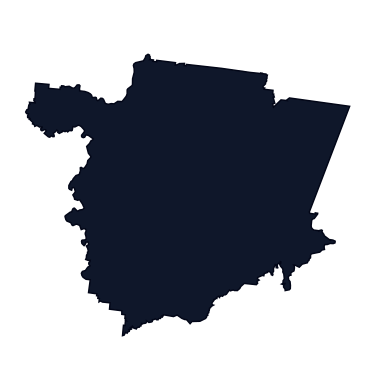 Wingecarribee, New South Wales, Australia (Mercator projection), rotated 357°
{"feature_id": "25037944B71438306812596", "entity_name": "Wingecarribee", "entity_type": "district", "adm_level": 2, "iso_a3": "AUS", "parent_name": "Australia", "parent_adm1": "New South Wales", "projection": "mercator", "projection_center": [150.329, -34.491], "detail": "fine", "context": "isolated", "style": "filled", "palette": "ink", "viewbox_px": 384, "rotation_deg": 357, "n_neighbors": 0, "source": "geoboundaries", "source_scale": "gbopen_adm2", "svg_char_len": 5856}
<svg xmlns="http://www.w3.org/2000/svg" viewBox="0 0 384 384"><g transform="rotate(357 192 192)"><path d="M183.2,323.4L185.2,321.3L193.1,321.5L198.9,319.0L199.9,317.8L200.0,316.8L201.4,315.8L201.0,314.4L202.4,313.4L202.3,312.0L202.9,311.6L203.5,308.9L204.5,308.4L205.1,307.3L207.5,306.1L206.4,305.7L206.0,303.8L208.3,301.3L208.1,300.5L209.5,300.3L209.9,299.6L211.2,299.6L211.0,298.7L213.0,297.6L214.0,298.7L214.3,297.7L215.9,297.3L217.1,297.7L218.2,296.4L219.9,296.4L221.0,295.8L224.2,291.8L225.1,292.7L228.0,292.0L229.2,292.6L232.1,292.8L234.6,290.9L235.8,288.9L239.4,286.0L251.4,287.9L252.8,286.5L252.3,285.4L252.4,284.5L254.4,283.5L252.8,282.2L253.2,280.7L257.9,279.0L259.3,279.4L259.9,277.2L263.2,276.3L263.0,275.4L265.0,275.3L266.5,276.9L266.9,278.8L268.1,279.4L268.5,278.4L268.0,277.4L269.3,275.4L269.3,272.8L271.3,268.8L272.2,269.0L272.1,272.0L274.2,272.4L273.4,271.9L273.3,269.6L274.2,267.9L276.7,267.1L276.6,266.1L277.0,266.2L277.0,267.6L275.8,268.8L276.6,270.8L278.4,273.1L278.8,274.6L278.5,276.6L279.4,278.7L279.6,283.0L279.5,284.0L278.4,285.2L278.0,288.0L276.7,288.6L277.7,289.0L280.7,287.8L278.6,290.2L278.5,291.7L279.9,294.0L279.9,295.3L284.0,294.7L285.1,293.7L285.4,290.3L285.2,286.6L283.9,284.7L283.7,281.7L285.2,280.3L286.4,280.3L286.5,277.7L289.7,276.1L290.3,273.3L290.2,271.2L289.7,270.3L291.1,270.5L295.2,272.7L298.3,269.8L303.5,268.7L304.1,267.2L305.2,266.5L305.6,265.0L306.9,263.9L307.1,261.3L307.9,260.0L316.5,258.7L318.8,256.7L321.3,256.3L321.0,253.6L321.7,251.5L324.4,251.5L327.2,250.6L330.3,250.9L332.1,250.3L332.4,248.6L330.2,247.4L327.8,246.9L327.7,247.5L327.2,247.2L321.8,242.6L321.4,241.1L320.3,240.0L320.4,239.5L319.7,238.5L320.1,237.2L319.2,236.7L316.9,237.2L316.6,237.7L316.1,237.2L311.7,236.4L310.4,235.3L309.4,233.8L309.2,232.1L310.0,226.7L310.9,225.3L312.4,225.0L313.2,224.3L316.3,220.6L316.4,219.8L314.0,219.3L313.8,220.5L308.5,219.5L308.1,218.1L353.9,114.7L294.2,103.2L291.0,105.4L291.2,105.6L285.7,104.7L277.8,111.6L277.1,108.2L279.3,107.7L278.0,101.7L279.1,101.5L278.5,99.1L278.7,98.6L277.7,98.4L278.2,94.7L269.4,93.2L270.0,92.0L268.8,91.8L268.4,90.9L268.5,90.2L271.1,87.8L271.1,86.3L272.1,85.6L272.4,84.4L272.2,83.1L272.9,82.2L272.8,81.0L273.4,79.2L272.2,78.8L272.1,78.1L268.3,77.5L268.4,77.1L266.9,76.8L266.9,77.3L256.1,75.6L228.1,70.1L193.0,64.3L192.7,65.7L190.7,65.4L191.1,63.2L186.3,63.1L183.6,64.2L181.9,64.4L182.3,62.0L163.7,58.7L163.5,60.1L159.8,59.5L160.3,58.1L156.9,57.6L157.5,57.1L157.1,56.2L157.2,54.5L156.7,54.1L156.7,53.0L155.3,52.2L153.1,53.4L152.2,55.8L150.3,58.5L142.5,59.9L140.7,61.1L140.1,62.6L140.7,65.8L140.6,69.4L138.6,75.8L138.2,81.5L137.7,82.6L133.3,85.6L132.6,86.6L132.4,90.6L131.3,93.0L127.3,97.6L126.6,98.0L122.6,97.6L118.8,99.9L116.0,99.5L113.2,100.0L111.4,99.6L110.0,98.9L108.4,94.7L107.1,93.7L105.8,93.6L103.4,95.6L102.4,95.8L101.8,95.2L101.3,92.8L100.6,92.4L97.4,92.5L96.7,90.0L95.6,88.7L93.5,87.3L90.2,86.0L85.1,85.1L85.1,82.6L85.7,80.1L84.9,79.1L82.9,79.1L80.8,81.4L79.6,82.1L78.2,82.0L74.9,80.0L70.4,80.3L69.6,79.4L67.3,79.1L67.1,80.6L65.9,80.4L65.6,82.6L54.2,81.0L54.8,77.1L41.5,75.2L40.4,82.9L40.9,83.0L40.5,87.5L40.0,90.8L39.1,90.7L38.9,92.6L40.2,94.0L40.1,94.8L34.4,93.9L34.7,96.0L34.0,96.0L33.5,97.1L33.0,99.3L33.3,100.2L31.3,101.3L30.1,103.4L30.9,105.0L32.8,105.4L31.8,107.3L31.8,109.0L33.0,109.0L33.2,110.7L34.2,110.4L34.2,111.5L36.8,114.3L36.3,115.6L38.0,116.4L38.4,118.2L40.6,117.4L43.2,119.2L45.6,119.0L45.8,119.7L44.2,121.0L44.4,122.3L45.4,123.0L48.0,122.0L49.1,122.2L49.5,123.6L47.5,125.7L51.5,129.4L52.8,129.8L54.5,128.5L56.0,129.5L57.2,129.4L57.3,128.4L56.6,126.0L59.1,124.5L60.2,123.1L61.3,124.2L61.1,125.4L62.5,126.5L65.7,125.1L65.6,124.3L66.0,124.1L68.4,125.1L69.6,124.3L71.0,125.5L72.6,124.2L75.0,124.5L75.6,124.1L76.5,120.4L78.4,120.9L81.8,119.4L83.0,119.6L84.8,120.8L87.8,124.5L87.6,126.3L84.7,129.5L84.7,131.0L85.2,131.5L86.2,132.0L87.6,131.7L88.9,129.8L89.7,129.5L91.6,130.1L96.1,133.7L95.6,134.7L93.7,135.7L92.3,138.1L89.2,141.0L90.6,147.9L92.9,151.2L92.6,152.3L89.6,155.1L88.7,158.6L85.7,162.6L84.2,162.7L82.5,161.6L81.7,162.0L81.7,164.9L80.3,168.6L77.0,169.5L74.2,172.4L73.2,174.3L71.7,175.2L69.4,179.0L69.2,181.9L69.9,182.9L71.9,183.9L72.6,181.5L73.6,181.3L74.4,181.5L74.9,182.6L75.5,185.8L72.9,188.7L74.2,191.5L74.4,193.1L77.5,194.3L78.8,193.8L79.5,194.1L81.9,198.1L83.6,202.5L81.7,203.8L78.9,204.1L77.1,205.1L76.1,204.7L73.8,202.0L72.8,202.1L72.0,202.8L70.8,205.5L69.4,205.7L64.2,209.1L63.9,209.9L64.6,213.0L65.6,214.5L69.3,216.2L70.6,218.9L71.4,219.3L74.5,218.1L75.5,218.2L78.1,219.5L79.4,223.7L82.1,222.9L83.6,223.4L84.1,224.2L84.3,225.3L83.3,227.3L83.2,228.4L83.9,231.3L83.9,233.5L82.3,234.3L80.1,234.3L79.4,234.6L79.1,235.6L79.4,237.7L81.4,239.9L83.2,238.0L83.1,236.6L85.5,236.5L85.7,236.9L86.0,239.1L83.7,240.4L84.9,242.9L85.4,245.9L84.5,246.6L84.5,248.1L83.4,249.6L83.0,252.4L82.3,253.8L85.4,255.1L86.8,254.9L86.4,256.3L85.2,257.4L85.2,258.6L86.3,260.4L84.0,261.6L81.5,264.8L78.4,265.6L77.3,267.3L77.7,269.6L78.8,271.5L81.6,273.6L85.8,274.3L83.4,287.1L91.7,288.7L91.3,290.6L92.8,290.9L92.4,293.3L93.9,293.6L93.4,296.8L94.9,296.0L96.8,297.2L104.4,298.4L103.5,304.7L115.7,306.9L115.5,310.5L118.9,311.1L118.4,314.7L119.0,314.8L118.7,316.7L119.4,317.2L118.8,317.2L118.1,321.8L116.6,321.5L115.1,331.8L116.7,331.4L118.3,328.7L119.8,329.6L120.9,328.1L122.0,327.9L122.5,326.5L122.0,326.0L124.1,325.8L123.4,324.5L124.8,324.5L124.4,323.6L125.4,322.8L126.9,325.0L129.2,325.8L129.4,325.1L131.1,324.2L132.4,324.2L133.1,323.1L134.0,323.0L133.9,322.3L135.0,321.5L134.4,319.8L134.8,320.6L135.8,320.9L139.0,320.5L139.8,319.3L139.8,318.2L142.1,320.0L145.0,319.6L145.6,319.1L145.8,317.4L146.8,317.6L148.8,316.7L149.8,317.7L151.4,317.8L151.9,316.6L153.9,316.6L154.4,315.3L155.8,315.4L156.4,314.5L155.8,313.9L157.0,313.6L156.2,312.9L167.0,315.4L170.7,314.1L175.2,317.6L177.9,318.9L179.9,319.2L183.2,323.4Z" fill="#0f172a" stroke="#020617" stroke-width="1.5"/></g></svg>